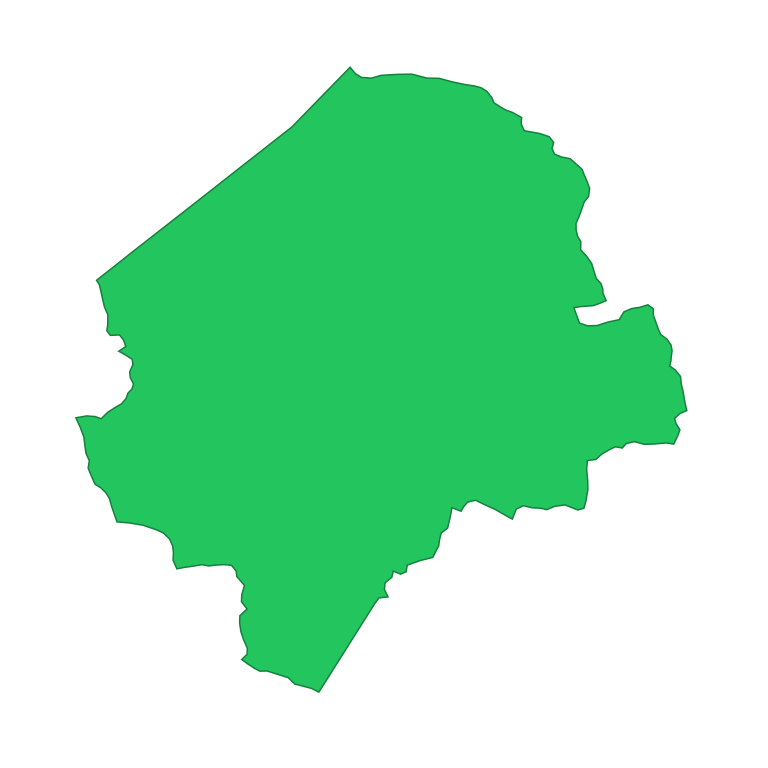 the district of Cedro, Ceará, Brazil, rotated 275°
{"feature_id": "56859067B68108454386597", "entity_name": "Cedro", "entity_type": "district", "adm_level": 2, "iso_a3": "BRA", "parent_name": "Brazil", "parent_adm1": "Ceará", "projection": "equal_earth", "projection_center": [-39.111, -6.578], "detail": "fine", "context": "isolated", "style": "filled", "palette": "green", "viewbox_px": 768, "rotation_deg": 275, "n_neighbors": 0, "source": "geoboundaries", "source_scale": "gbopen_adm2", "svg_char_len": 2859}
<svg xmlns="http://www.w3.org/2000/svg" viewBox="0 0 768 768"><g transform="rotate(275 384 384)"><path d="M71.4,346.0L164.0,393.7L170.4,397.5L172.3,406.6L179.2,402.4L186.0,402.4L192.2,408.7L198.4,409.5L196.0,417.1L198.9,422.4L205.6,423.0L211.3,435.5L215.5,447.7L227.6,452.6L233.7,452.9L240.6,454.0L245.9,459.9L255.5,461.3L260.9,462.0L266.7,462.4L264.0,471.8L268.9,474.2L273.6,477.6L276.2,485.3L273.0,493.6L268.7,505.8L263.2,517.6L260.6,523.6L271.0,526.7L274.9,533.6L273.6,542.2L273.9,550.9L273.0,557.1L277.0,564.7L279.3,574.9L275.4,588.0L277.6,594.0L285.2,595.4L296.9,596.3L305.0,595.4L316.8,593.3L325.5,593.3L327.3,601.6L332.9,606.8L338.2,614.2L341.6,620.1L341.0,627.0L345.8,630.5L348.4,638.5L346.6,648.6L347.8,658.5L349.9,670.3L349.4,677.9L357.9,681.1L364.1,682.8L370.2,678.3L375.0,676.5L380.4,681.4L383.9,688.0L391.3,685.5L398.0,683.8L403.6,682.3L409.3,680.3L417.4,678.7L423.3,673.0L426.9,667.0L431.8,667.8L436.5,667.8L442.2,668.1L447.9,666.5L453.4,661.9L457.4,655.3L462.6,652.5L469.4,649.4L476.1,646.3L482.3,645.8L485.9,640.0L482.6,631.9L480.7,624.0L476.8,616.7L468.6,612.7L465.2,601.6L460.8,591.2L459.7,581.8L461.8,573.4L476.6,566.5L478.1,572.4L480.3,585.6L483.1,591.8L486.4,598.1L493.1,594.3L498.0,593.6L503.2,591.2L507.6,586.3L513.6,583.8L522.1,580.4L529.0,574.7L534.8,568.2L543.2,567.6L548.0,564.0L554.1,562.0L560.9,561.3L566.6,563.3L573.9,565.4L582.8,567.6L588.5,571.4L596.8,571.8L603.8,568.5L609.4,565.4L615.0,562.7L620.3,555.6L624.7,549.8L625.6,541.0L627.9,533.8L633.3,530.9L639.3,532.0L644.7,527.1L647.0,517.8L647.7,511.4L648.5,501.6L655.3,497.9L661.4,497.9L665.7,488.4L667.5,481.5L670.5,475.1L673.8,469.0L678.6,466.5L684.5,461.0L687.6,454.9L688.8,448.1L689.4,438.4L691.0,425.1L693.3,412.5L692.5,400.0L695.1,384.6L693.5,369.3L692.3,361.4L691.2,354.1L687.6,345.0L687.5,334.6L690.8,328.3L696.6,322.6L632.0,269.8L584.0,218.5L552.1,184.5L490.9,118.9L486.9,114.8L462.3,88.6L458.0,91.8L450.8,94.2L444.2,96.2L436.6,98.7L428.8,102.9L418.4,103.6L413.0,103.2L408.6,107.1L409.8,116.2L405.2,120.7L398.8,123.5L393.5,116.9L390.7,123.4L386.7,130.9L381.6,132.2L373.9,129.6L368.2,130.7L362.1,134.5L356.8,133.2L352.7,129.8L347.1,128.3L341.3,124.2L337.4,118.5L331.7,111.2L324.8,105.3L326.4,99.1L326.3,90.7L323.5,80.0L314.5,85.1L305.1,89.6L297.9,91.1L289.1,93.1L281.9,97.1L274.4,96.6L267.4,100.2L258.9,104.9L255.8,111.2L251.6,116.2L246.2,120.4L238.1,123.4L223.4,130.0L223.4,142.3L222.3,156.2L219.1,169.4L216.5,177.0L211.0,183.8L204.3,187.6L197.8,188.9L190.1,189.2L181.8,193.8L183.8,200.7L185.9,209.8L188.1,218.1L187.5,225.4L189.0,232.5L190.1,240.5L190.1,247.8L184.9,253.0L179.4,254.1L171.2,262.5L161.7,260.7L154.6,261.0L147.9,267.2L140.6,260.6L133.4,261.0L124.9,263.0L116.6,266.6L109.1,270.8L102.9,271.2L97.2,266.3L93.1,272.9L89.4,279.9L87.1,285.4L87.9,292.4L83.1,314.1L77.3,321.3L74.5,338.1L71.4,346.0Z" fill="#22c55e" stroke="#15803d" stroke-width="1.5"/></g></svg>